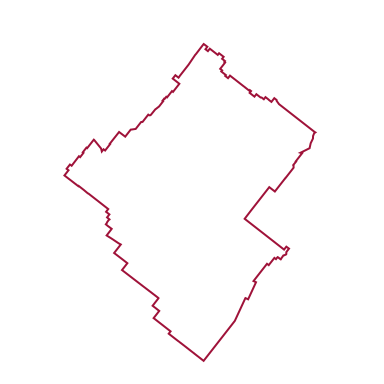 outline of Bruce Rock, Western Australia, Australia, rotated 128°
{"feature_id": "25037944B90464299025642", "entity_name": "Bruce Rock", "entity_type": "district", "adm_level": 2, "iso_a3": "AUS", "parent_name": "Australia", "parent_adm1": "Western Australia", "projection": "mercator", "projection_center": [117.956, -31.966], "detail": "fine", "context": "isolated", "style": "outline", "palette": "rose", "viewbox_px": 384, "rotation_deg": 128, "n_neighbors": 0, "source": "geoboundaries", "source_scale": "gbopen_adm2", "svg_char_len": 4827}
<svg xmlns="http://www.w3.org/2000/svg" viewBox="0 0 384 384"><g transform="rotate(128 192 192)"><path d="M69.1,131.5L69.2,132.2L69.2,134.1L69.2,135.4L69.2,138.5L69.2,140.8L69.2,142.0L69.2,143.5L69.2,146.5L69.2,147.3L69.2,150.9L69.2,152.3L69.2,157.3L69.2,160.7L69.2,161.4L69.2,162.1L69.2,163.2L69.2,164.5L69.2,165.4L69.2,167.7L69.2,170.0L69.2,170.7L69.2,174.5L69.2,175.6L69.2,176.0L69.2,176.6L69.2,176.9L69.2,177.1L69.2,177.3L69.2,177.5L69.1,177.9L68.9,178.5L68.5,180.0L68.1,181.1L68.1,181.3L68.0,181.5L67.9,181.6L67.6,181.8L67.4,182.0L67.4,184.9L67.5,184.9L68.2,184.9L70.7,184.9L72.1,184.9L72.1,185.8L72.1,186.9L72.1,187.0L72.1,187.5L72.1,187.8L72.1,188.0L72.0,188.5L72.0,192.5L74.7,192.5L74.7,192.8L74.7,194.6L74.7,195.3L74.8,195.5L75.0,195.8L75.2,196.0L75.3,196.1L75.3,197.1L75.3,197.9L75.3,198.4L75.3,199.2L75.3,200.0L75.3,201.5L78.4,201.5L78.4,207.6L76.1,207.6L76.1,209.2L76.9,209.2L76.9,209.3L76.9,221.9L76.9,233.7L80.1,233.7L80.1,237.3L79.0,237.3L79.0,243.1L77.6,243.1L77.6,245.6L75.2,245.6L69.6,245.6L69.6,246.6L68.5,246.6L68.5,250.3L66.0,250.3L66.0,256.1L68.1,256.1L68.1,261.1L68.1,263.2L68.1,266.2L70.0,266.2L71.2,266.2L71.2,269.3L68.1,269.3L68.1,270.8L68.2,273.9L72.1,273.9L80.7,273.8L82.1,273.9L93.7,273.1L107.9,273.1L108.3,273.1L109.0,273.0L110.2,273.0L110.2,274.4L110.2,277.0L114.5,277.0L114.5,268.6L124.8,268.6L124.8,269.9L130.0,269.9L132.8,269.9L132.8,270.9L135.6,270.9L135.6,271.4L138.3,271.4L138.3,270.6L141.5,270.6L144.9,270.6L147.7,271.3L148.2,271.4L148.6,271.5L148.8,271.6L149.1,271.7L149.5,271.8L156.3,271.9L156.5,271.9L156.8,272.0L157.0,272.1L157.3,272.2L157.4,272.3L157.5,272.4L157.6,272.6L157.8,272.9L157.9,273.0L157.9,273.3L158.0,273.5L158.0,273.8L158.0,274.1L167.1,274.1L167.3,274.2L167.5,274.3L167.6,274.5L167.8,274.8L167.9,275.0L168.0,275.1L168.3,275.2L176.8,275.2L177.0,275.2L177.1,275.3L177.7,275.9L179.6,277.7L180.6,278.7L184.1,278.7L189.5,278.7L189.6,286.4L204.7,286.5L204.7,286.0L212.8,286.0L212.8,288.0L215.6,288.0L213.7,290.4L211.2,301.2L211.2,301.6L219.1,301.6L222.0,301.6L222.0,302.5L228.0,302.5L228.0,301.6L233.4,301.6L233.4,303.1L234.5,303.1L245.4,303.0L245.5,305.1L250.9,305.1L250.9,302.7L257.5,302.7L257.4,285.1L257.0,285.1L257.0,280.4L257.0,278.6L257.2,273.2L257.0,272.7L257.0,247.5L260.5,247.5L260.5,247.3L260.5,243.3L264.3,243.3L264.4,240.1L264.5,240.1L265.1,240.4L265.3,240.4L268.0,240.3L269.1,240.0L270.5,240.0L270.6,237.5L270.5,234.0L270.5,233.9L270.5,232.6L278.8,232.5L278.2,226.5L277.6,218.2L277.2,215.8L288.0,215.8L288.0,215.4L287.9,205.3L287.9,203.9L287.9,203.0L287.9,200.5L287.9,200.3L287.9,200.2L287.9,199.1L289.5,199.1L289.9,199.1L291.1,199.1L291.8,199.1L292.5,199.1L295.4,199.1L296.6,199.1L296.4,172.7L296.2,153.1L296.3,153.0L297.8,153.0L299.4,153.0L300.9,153.0L305.2,153.0L305.9,153.0L305.9,144.6L315.0,144.6L315.0,142.2L315.0,140.0L315.0,136.5L315.0,131.6L315.0,130.8L315.0,129.2L315.0,127.1L315.0,124.5L315.0,123.1L316.2,123.1L318.0,123.1L318.0,114.3L317.9,105.7L317.9,87.8L317.9,78.9L304.9,78.9L292.1,78.9L285.6,78.9L267.3,78.9L267.2,78.9L242.8,84.6L242.7,84.6L242.0,81.7L223.7,86.0L224.3,88.7L222.9,88.7L220.6,88.7L216.5,88.7L212.3,88.7L207.3,88.7L205.2,88.7L202.4,88.7L202.4,86.5L193.2,86.5L193.2,84.5L191.6,84.5L190.6,84.4L190.5,84.0L190.5,83.9L190.5,83.7L190.5,81.6L190.5,81.3L190.4,81.0L190.4,80.6L189.9,80.6L189.7,80.7L189.4,80.7L189.2,80.7L188.8,80.8L188.6,80.8L188.3,80.8L188.2,80.8L187.8,80.8L187.6,80.8L187.3,80.8L187.1,80.9L186.8,80.9L186.5,80.9L186.3,80.9L186.2,80.9L185.8,80.9L185.7,80.9L185.6,80.7L185.4,80.5L185.1,80.4L184.9,80.3L184.8,80.2L184.6,80.1L184.3,80.0L184.2,79.9L183.9,79.7L183.7,79.6L183.4,79.5L183.2,79.4L182.8,79.5L182.7,79.6L182.5,79.8L182.3,79.9L182.2,80.0L181.8,80.2L181.7,80.3L181.4,80.6L181.2,80.7L180.8,80.7L180.4,80.7L180.2,80.7L176.9,80.7L177.0,84.0L180.7,84.0L180.7,90.8L180.7,108.0L180.7,108.4L180.7,109.2L180.7,110.8L180.7,112.0L180.7,114.8L180.7,115.6L180.7,116.8L180.7,118.7L180.7,119.8L180.7,120.1L180.7,123.2L180.7,124.0L180.7,126.1L180.7,126.7L180.7,129.1L180.7,131.8L180.7,134.0L170.3,134.1L170.1,134.1L167.2,134.1L166.8,134.1L165.9,134.1L164.8,134.1L163.4,134.1L160.3,134.1L157.4,134.1L156.9,134.1L155.8,134.1L155.1,134.1L154.2,134.1L153.1,134.1L151.7,134.1L150.3,134.1L149.4,134.1L147.9,134.1L146.2,134.1L143.6,134.1L143.2,134.1L141.8,134.1L140.6,134.1L140.6,133.9L140.6,132.7L140.6,130.8L140.6,130.4L140.6,129.6L140.6,129.0L140.6,128.5L140.6,128.4L140.5,128.2L140.6,127.9L140.6,127.0L123.6,127.0L123.6,126.9L123.1,126.9L121.9,126.9L120.6,126.9L116.9,126.9L115.6,126.9L112.2,126.9L111.1,126.9L110.6,126.9L110.3,126.9L110.2,127.0L109.8,127.3L109.5,127.6L109.1,127.9L108.9,128.1L108.7,128.2L108.5,128.4L108.5,128.5L108.4,128.5L108.3,128.8L104.0,128.7L104.0,129.1L93.7,129.1L94.3,130.7L93.1,130.1L85.1,126.3L80.5,128.5L75.4,129.6L73.3,131.1L70.5,131.9L69.1,131.5Z" fill="none" stroke="#9f1239" stroke-width="2"/></g></svg>